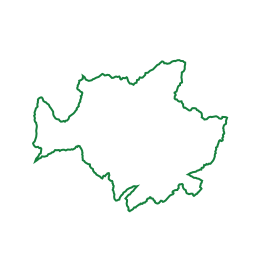 Angaraes, Huancavelica, Peru, rotated 196°
{"feature_id": "86281439B42850233114855", "entity_name": "Angaraes", "entity_type": "district", "adm_level": 2, "iso_a3": "PER", "parent_name": "Peru", "parent_adm1": "Huancavelica", "projection": "natural_earth1", "projection_center": [-74.625, -13.058], "detail": "fine", "context": "isolated", "style": "outline", "palette": "green", "viewbox_px": 256, "rotation_deg": 196, "n_neighbors": 0, "source": "geoboundaries", "source_scale": "gbopen_adm2", "svg_char_len": 5722}
<svg xmlns="http://www.w3.org/2000/svg" viewBox="0 0 256 256"><g transform="rotate(196 128 128)"><path d="M98.5,54.5L96.2,57.5L95.5,57.7L95.2,58.7L94.8,59.0L94.0,58.8L93.2,59.1L92.7,60.4L91.2,60.9L90.9,61.8L89.9,62.9L90.1,64.5L89.7,64.9L89.7,65.4L88.4,66.2L87.7,67.6L87.0,67.5L86.3,66.7L84.7,67.0L83.5,65.9L83.3,65.4L82.4,65.4L81.6,64.5L81.6,64.1L80.8,63.7L79.6,63.5L78.6,63.6L77.7,64.3L76.3,67.2L75.4,67.3L74.2,66.6L73.4,67.0L71.9,68.7L69.1,74.6L67.4,76.2L66.7,76.5L66.3,77.2L66.2,77.9L67.6,78.7L67.3,79.7L65.5,81.3L63.5,82.0L63.2,83.4L62.7,84.2L63.6,86.5L63.0,88.0L62.4,88.1L60.6,89.1L59.9,88.8L59.5,88.4L59.4,87.2L58.3,85.5L57.0,84.5L55.4,84.2L54.3,82.3L53.6,81.5L51.1,81.2L49.2,82.3L47.8,82.6L46.7,81.2L45.9,80.9L45.0,82.1L44.7,82.9L43.8,83.4L43.2,84.3L43.3,85.1L42.6,85.7L40.6,89.9L41.3,90.6L42.5,91.1L42.6,92.4L42.4,93.1L42.7,94.1L42.5,95.1L42.1,95.8L42.3,96.9L42.2,97.7L46.0,98.7L47.8,98.5L48.8,98.8L51.0,98.3L53.4,99.1L54.6,99.1L56.1,99.9L57.4,99.9L55.4,102.1L54.6,102.4L53.9,103.2L50.7,104.7L49.7,106.1L48.5,106.7L47.2,108.0L46.1,108.2L46.2,110.0L44.8,110.6L44.5,111.2L44.6,113.4L43.8,113.4L43.1,113.8L42.7,115.0L41.2,114.9L40.3,116.1L39.3,116.1L38.8,116.5L37.2,120.1L36.8,122.1L36.7,124.8L37.1,125.6L37.2,127.1L36.7,128.1L37.6,129.3L37.3,131.7L38.0,133.5L36.9,134.7L37.1,136.2L36.9,137.7L36.9,140.5L36.4,141.5L35.8,141.7L35.1,141.2L34.5,141.2L33.6,142.2L33.7,143.0L34.6,144.2L34.0,145.8L34.8,147.3L34.6,148.4L34.1,148.8L34.0,149.3L34.5,150.6L35.3,151.5L35.8,153.3L36.5,154.0L36.5,156.8L36.1,157.8L35.0,158.9L35.1,160.2L35.8,161.7L35.6,165.2L37.0,165.4L40.3,164.7L40.3,163.4L41.1,162.5L43.1,162.4L44.1,163.1L46.1,163.6L46.7,163.5L50.7,161.5L51.5,161.6L52.9,160.9L53.6,160.2L54.7,158.2L56.9,157.2L57.5,157.7L60.1,158.6L60.1,159.6L61.2,162.3L62.5,163.2L64.3,163.5L65.1,164.2L66.7,164.2L67.8,165.4L69.3,165.5L70.1,165.1L71.0,165.1L71.9,164.4L72.5,162.4L73.5,161.8L74.3,161.8L78.6,163.3L79.5,162.9L80.0,163.0L81.1,164.4L81.6,166.1L82.9,166.9L83.9,168.4L86.0,167.5L87.6,167.9L88.9,168.9L90.3,168.6L91.3,169.2L91.8,171.4L91.2,172.9L92.0,173.9L92.8,174.3L93.0,174.9L91.4,176.5L91.3,181.2L91.0,182.4L89.8,183.5L90.2,184.9L90.1,185.4L88.6,186.7L90.0,190.2L90.6,191.2L91.2,195.0L91.6,196.0L91.4,196.6L90.5,197.4L90.0,198.4L89.7,200.3L90.5,203.0L90.6,205.0L91.1,206.7L92.4,206.8L93.6,207.5L95.9,207.0L97.3,207.4L99.1,206.8L101.0,205.3L101.5,205.4L102.5,205.0L104.0,204.0L105.7,201.7L108.1,200.5L109.3,200.7L111.0,200.2L112.2,201.4L113.6,201.4L115.3,198.9L115.7,197.8L117.2,196.7L120.1,191.2L122.6,189.1L124.2,186.5L126.0,185.9L126.4,185.6L126.1,183.7L127.8,180.6L128.6,180.1L130.6,179.9L131.0,177.3L132.5,176.7L132.3,173.9L134.0,172.7L134.6,171.1L137.2,171.6L138.3,171.2L138.8,171.4L140.7,173.0L142.7,176.1L143.3,176.4L144.6,175.0L146.7,174.8L147.1,174.3L147.3,173.4L148.1,172.7L148.9,173.0L149.8,174.5L150.6,175.1L152.0,174.2L153.6,174.2L154.3,173.8L155.8,172.3L157.3,171.7L160.8,173.7L162.6,173.4L163.5,172.7L164.9,172.1L166.4,172.8L167.6,172.9L170.3,169.0L172.3,167.7L174.3,165.7L175.2,165.2L176.0,163.9L178.7,162.5L181.9,162.9L183.7,164.9L185.8,165.7L185.4,164.9L185.4,163.8L185.0,163.0L186.2,161.3L187.8,160.1L187.5,159.8L187.7,158.0L187.4,157.2L188.1,155.1L187.7,154.0L187.9,152.4L187.1,151.3L185.6,151.0L183.8,149.9L181.9,149.6L181.5,149.0L181.6,148.2L181.4,146.4L182.2,145.6L181.3,144.4L181.5,143.6L181.4,142.2L181.7,141.6L181.1,140.1L181.7,139.0L181.9,136.5L181.3,135.4L182.6,133.1L182.7,132.4L182.3,131.7L183.3,129.7L183.5,128.8L184.4,126.9L187.6,122.8L187.6,120.4L188.6,118.4L190.1,117.7L190.4,116.7L191.8,117.0L192.6,116.3L194.2,115.6L195.5,116.1L196.9,117.2L198.6,116.9L200.3,117.2L202.9,119.4L203.6,120.5L204.5,123.1L207.9,126.0L209.0,126.7L210.6,128.6L212.8,129.3L214.0,130.1L215.2,130.1L216.8,130.7L218.3,132.9L219.4,133.6L220.2,133.4L221.3,132.5L222.2,131.3L222.4,130.3L222.0,129.5L222.0,128.6L221.6,127.6L221.8,126.5L221.5,125.2L220.8,123.6L222.0,121.4L221.9,120.3L222.1,117.1L221.1,115.2L221.6,113.9L220.4,112.2L220.1,111.4L220.2,110.6L219.7,109.3L218.9,108.3L217.8,107.8L217.7,107.3L216.5,105.5L216.0,104.1L215.5,100.0L214.4,97.5L213.8,94.2L214.0,89.4L214.9,87.8L215.0,87.0L213.9,85.6L212.4,84.5L211.1,84.2L209.3,85.1L207.7,84.2L206.5,84.8L205.6,84.1L205.4,83.2L204.9,79.6L206.0,78.5L206.4,76.0L207.8,73.3L208.0,70.2L206.1,72.5L205.6,73.6L203.5,75.3L202.9,77.0L200.5,77.4L198.0,78.9L197.4,80.8L195.2,82.3L194.4,83.6L193.3,84.1L192.5,85.3L192.1,86.6L191.3,86.9L190.6,86.9L188.3,87.8L187.2,87.1L186.2,88.3L184.5,89.2L183.2,89.5L181.6,89.3L180.0,90.7L177.4,91.2L176.2,92.1L175.2,92.0L173.3,93.9L172.9,95.4L172.5,96.0L171.4,95.9L171.0,97.1L169.4,97.2L168.6,96.2L168.1,96.0L167.7,95.4L167.0,94.9L165.7,93.3L165.3,92.1L164.8,91.5L164.8,89.9L163.9,88.8L163.7,87.3L163.2,86.4L162.6,84.6L160.9,84.2L160.1,83.4L158.5,82.8L156.0,82.3L154.8,82.6L154.3,82.0L154.1,80.8L153.8,80.5L152.4,79.4L150.4,78.9L149.6,77.1L148.8,76.7L148.1,75.9L146.8,75.7L145.5,74.5L141.2,73.5L139.9,72.6L138.8,72.4L138.6,72.9L138.6,74.7L138.1,75.4L136.8,75.3L136.3,76.9L135.5,77.7L135.4,78.5L134.3,79.3L133.9,79.3L132.9,77.3L133.1,75.9L132.4,73.6L130.2,72.5L128.7,72.7L128.0,71.9L127.8,70.7L127.1,70.2L126.5,68.9L125.8,68.4L125.6,67.1L125.8,66.5L125.5,65.7L125.7,64.3L124.6,63.4L123.4,61.1L122.8,60.6L122.4,58.1L121.7,56.6L121.2,55.9L119.5,54.9L118.3,55.5L117.5,56.4L116.6,56.8L116.6,59.0L115.7,61.7L115.2,62.1L114.7,63.3L114.6,64.6L112.8,66.5L112.1,68.4L110.1,70.5L107.9,72.0L107.4,72.8L106.3,73.7L105.2,74.0L104.4,73.8L103.2,74.5L104.9,71.1L105.6,69.0L106.9,67.4L107.9,64.6L109.0,64.0L111.0,59.5L109.1,58.6L108.6,56.9L108.6,55.3L107.7,53.4L106.9,52.5L106.2,52.2L105.7,51.5L105.1,50.3L105.1,49.3L103.8,48.5L103.4,48.5L103.1,49.2L102.4,49.6L100.9,51.3L100.1,53.4L98.7,53.7L98.5,54.5Z" fill="none" stroke="#15803d" stroke-width="2"/></g></svg>